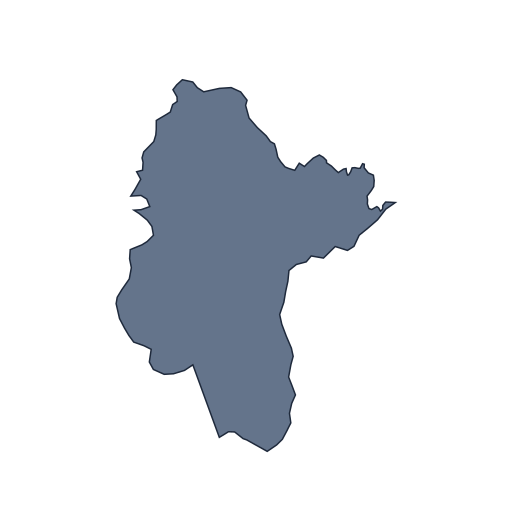 Vasa Kellakiou, Limassol, Cyprus, rotated 343°
{"feature_id": "46923920B10749704770194", "entity_name": "Vasa Kellakiou", "entity_type": "district", "adm_level": 2, "iso_a3": "CYP", "parent_name": "Cyprus", "parent_adm1": "Limassol", "projection": "albers", "projection_center": [33.23, 34.801], "detail": "fine", "context": "isolated", "style": "filled", "palette": "slate", "viewbox_px": 512, "rotation_deg": 343, "n_neighbors": 0, "source": "geoboundaries", "source_scale": "gbopen_adm2", "svg_char_len": 1979}
<svg xmlns="http://www.w3.org/2000/svg" viewBox="0 0 512 512"><g transform="rotate(343 256 256)"><path d="M225.2,72.7L227.0,80.7L225.8,85.2L220.6,86.8L216.1,93.3L209.5,95.0L200.3,97.2L197.6,105.8L195.6,110.9L191.7,116.7L179.1,123.6L175.7,128.9L175.4,133.4L172.6,140.8L166.5,140.5L168.2,148.9L159.8,156.9L153.8,162.1L163.8,164.5L168.2,169.6L168.9,177.7L159.6,178.1L152.7,176.5L156.5,181.0L162.5,189.9L165.1,197.3L164.0,206.2L156.0,210.4L150.0,212.0L137.6,213.1L134.3,221.7L133.4,230.7L128.1,240.9L117.7,249.1L111.2,254.9L108.3,260.7L107.2,275.9L109.2,286.6L111.2,294.8L113.9,302.6L122.7,309.1L128.5,314.6L123.0,326.2L124.7,334.5L133.6,342.3L142.7,344.5L154.2,344.5L163.1,341.8L163.8,341.6L167.9,418.7L178.3,416.0L184.1,418.0L190.3,426.9L193.3,429.1L209.6,446.1L220.5,442.7L227.6,439.0L235.4,431.2L235.6,430.9L240.5,425.8L242.0,416.2L247.1,407.3L253.1,400.4L252.5,390.4L251.8,381.3L257.6,370.1L262.2,362.8L262.9,354.5L261.5,341.4L260.7,328.7L261.5,318.9L269.1,308.4L274.0,298.6L279.1,289.5L283.3,279.5L292.1,275.9L302.3,276.3L308.8,272.1L319.9,277.7L334.5,270.1L345.1,277.4L352.5,275.4L360.7,266.3L371.1,262.1L382.8,256.9L393.9,249.1L402.1,246.5L404.8,245.6L400.3,243.9L395.7,242.3L392.1,244.7L390.7,248.3L388.1,249.4L387.3,245.8L386.0,244.1L380.3,245.4L377.9,243.7L377.7,238.8L379.1,235.0L379.7,231.2L385.4,227.1L388.9,224.0L391.1,218.3L391.9,213.0L387.7,209.4L385.2,203.2L386.4,199.9L384.9,198.9L381.3,202.5L379.4,202.1L376.4,200.4L373.7,199.8L371.1,203.2L368.4,205.5L367.2,205.4L367.1,202.0L367.7,198.7L365.0,198.5L359.1,200.3L357.2,197.2L354.4,192.0L350.7,187.5L351.3,185.2L349.2,181.3L346.1,177.9L345.0,178.1L339.4,179.1L332.1,182.6L328.5,184.6L324.5,179.9L318.1,185.4L312.7,181.7L309.8,179.3L307.1,172.9L305.7,167.9L306.4,159.8L306.4,154.1L303.2,150.8L300.9,144.1L294.8,133.6L289.7,122.0L290.1,108.9L293.0,104.4L289.3,94.6L281.5,87.7L270.0,85.0L254.0,83.7L249.1,77.9L246.4,71.1L237.1,65.9L230.3,69.1L225.2,72.7Z" fill="#64748b" stroke="#1e293b" stroke-width="1.5"/></g></svg>